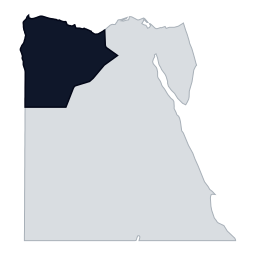 Matruh highlighted on a map of Egypt
{"feature_id": "EGY-1540", "entity_name": "Matruh", "entity_type": "Governorate", "adm_level": 1, "iso_a3": "EGY", "parent_name": "Egypt", "parent_adm1": "", "projection": "equal_earth", "projection_center": [26.768, 29.661], "detail": "fine", "context": "in_parent", "style": "filled", "palette": "ink", "viewbox_px": 256, "rotation_deg": 0, "n_neighbors": 0, "source": "natural_earth", "source_scale": "10m", "svg_char_len": 4754}
<svg xmlns="http://www.w3.org/2000/svg" viewBox="0 0 256 256"><path d="M235.6,240.6L229.8,240.6L224.0,240.6L218.1,240.6L212.3,240.6L206.5,240.6L200.6,240.6L194.8,240.6L189.0,240.6L183.2,240.6L177.3,240.6L171.5,240.6L165.7,240.6L159.9,240.6L154.0,240.6L148.2,240.6L142.4,240.6L139.0,240.6L139.6,238.5L139.9,237.0L139.5,236.0L138.4,235.7L137.6,236.0L136.0,240.5L135.0,240.6L133.0,240.6L126.2,240.6L119.4,240.6L112.6,240.6L105.8,240.6L99.1,240.6L92.3,240.6L85.5,240.6L78.7,240.6L71.9,240.6L65.1,240.6L58.3,240.6L51.6,240.6L44.8,240.6L38.0,240.6L31.2,240.6L24.4,240.6L24.4,235.3L24.5,229.9L24.5,224.6L24.5,219.3L24.5,213.9L24.6,208.6L24.6,203.3L24.6,198.0L24.6,192.7L24.7,187.4L24.7,182.1L24.7,176.8L24.7,171.5L24.8,166.2L24.8,160.9L24.8,155.6L24.8,150.4L24.9,145.1L24.9,139.9L24.9,134.6L25.0,129.4L25.0,124.1L25.0,118.9L25.0,113.6L25.1,108.4L25.1,103.2L25.1,98.0L25.2,92.8L25.2,87.6L25.2,82.4L25.2,77.2L25.3,72.0L25.1,71.1L24.2,67.6L23.4,63.1L22.4,57.6L22.3,55.8L20.8,50.2L20.7,48.6L21.1,47.5L23.7,42.7L24.5,40.4L25.2,37.7L25.4,35.4L24.7,32.0L23.8,28.9L23.5,25.8L23.4,22.7L24.7,20.6L26.3,18.6L26.9,17.4L27.9,16.0L28.5,15.4L29.8,18.2L32.5,18.6L41.2,16.2L50.9,18.6L56.2,19.6L64.4,21.7L69.4,25.5L70.8,25.9L74.3,25.9L76.7,28.1L86.1,29.2L91.1,31.6L94.0,33.6L95.7,34.2L97.2,34.1L99.2,33.4L101.8,32.0L104.5,30.1L110.3,25.1L112.3,24.3L113.7,24.5L115.3,24.4L116.0,23.1L116.8,22.2L117.3,21.1L118.2,19.9L121.2,19.5L127.2,17.4L126.5,18.4L121.1,20.8L123.4,21.1L125.8,20.3L128.6,19.8L129.0,18.7L129.4,16.8L129.9,16.6L131.8,16.9L137.5,19.9L138.9,19.9L142.8,18.3L143.7,18.0L145.0,18.9L148.0,22.5L147.0,22.5L143.8,19.3L143.5,20.9L141.8,23.6L144.0,24.8L145.9,25.3L146.9,26.8L147.5,28.2L149.3,27.6L150.6,25.7L149.9,24.7L149.4,23.6L150.0,23.6L151.2,24.5L154.9,28.0L156.1,28.7L157.5,28.6L160.4,27.6L161.2,27.8L165.1,26.5L165.6,27.4L166.2,28.4L169.4,27.3L174.3,27.3L178.3,26.2L182.9,23.4L183.3,23.0L183.6,23.7L184.2,25.6L185.7,30.4L187.1,34.2L188.7,39.5L189.3,41.6L189.5,43.0L191.9,48.8L193.3,53.6L194.4,57.5L195.9,63.2L196.6,65.2L195.6,66.3L193.8,70.0L192.0,81.8L189.3,91.1L189.1,96.9L188.7,99.0L187.4,101.9L185.7,104.8L182.6,103.3L177.6,98.3L174.6,93.4L171.4,90.3L168.4,86.2L167.6,83.3L167.6,81.4L166.2,76.7L165.2,74.5L161.6,69.6L160.5,67.0L159.7,65.9L158.9,64.2L157.5,57.8L156.0,53.8L154.4,54.9L154.7,56.6L153.4,59.0L152.6,61.7L153.3,63.9L156.2,67.3L156.9,68.8L157.6,72.0L157.6,76.4L158.1,77.9L160.3,81.2L161.1,83.1L161.6,84.8L162.4,86.3L164.6,89.1L167.8,94.5L170.8,98.2L173.0,100.0L173.9,101.7L174.2,106.3L174.1,108.5L176.1,112.6L176.8,114.7L178.7,116.4L179.6,118.3L180.4,121.5L181.7,130.8L183.4,133.1L188.5,145.4L192.8,153.2L195.0,159.1L198.2,166.2L204.5,181.8L208.2,186.7L209.7,189.4L212.4,191.5L215.2,194.5L212.5,194.2L211.9,194.4L211.0,194.9L210.5,196.8L210.4,198.3L210.9,206.2L211.7,210.3L214.3,218.0L216.1,220.3L217.0,221.8L218.2,222.9L223.9,225.6L227.3,231.1L234.8,238.2L235.6,240.1L235.6,240.6Z" fill="#d9dde1" stroke="#a8b0b8" stroke-width="1"/><path d="M25.2,97.1L25.2,88.0L25.3,78.8L25.3,74.9L25.3,72.0L25.2,70.7L24.9,69.5L23.5,65.4L23.3,64.6L23.3,63.7L23.4,62.1L23.5,61.5L23.2,60.6L22.3,58.8L22.2,57.9L22.5,56.7L22.5,56.2L22.5,55.7L21.0,51.4L20.5,50.4L20.4,49.9L20.4,49.0L20.7,48.2L21.4,46.7L21.7,45.9L21.9,45.6L22.3,44.9L22.9,44.3L23.9,42.6L24.2,41.8L24.4,41.0L24.4,40.5L25.0,39.0L25.2,37.7L25.4,36.8L25.6,36.0L25.8,35.2L25.5,34.3L24.8,32.5L24.6,31.3L24.0,29.9L23.9,29.4L23.5,27.0L23.5,25.1L23.3,23.2L23.3,22.4L23.6,21.6L26.3,19.0L27.0,17.1L27.5,16.3L28.5,15.4L28.5,15.5L28.7,17.0L28.9,17.7L29.2,18.2L29.6,18.3L30.5,18.4L31.1,18.8L31.5,18.8L32.2,18.6L32.4,18.7L32.6,18.8L32.8,18.8L33.1,18.6L33.6,18.5L34.0,18.5L36.8,17.5L40.0,16.3L40.8,16.2L42.5,16.3L49.2,18.4L54.2,19.2L54.4,19.4L54.7,19.5L55.6,19.4L55.9,19.4L57.1,20.1L57.8,20.4L58.6,20.4L59.2,20.1L59.5,20.1L59.8,20.3L60.1,20.5L60.4,20.6L60.6,20.7L61.1,21.0L62.1,21.4L63.3,21.6L63.7,21.7L64.0,21.9L64.3,21.7L64.5,21.7L65.6,21.6L65.9,21.8L66.0,21.9L66.0,22.0L66.1,22.5L66.3,22.7L66.3,22.8L66.4,23.1L66.4,23.3L66.5,23.5L66.7,24.2L66.9,24.5L67.3,24.9L67.8,25.2L68.3,25.4L69.4,25.6L69.8,25.8L70.2,25.9L70.6,25.7L71.4,26.2L72.5,26.0L74.4,24.9L74.7,24.8L74.9,25.0L75.0,25.3L75.0,25.8L75.4,26.8L75.5,27.5L76.0,28.1L76.8,28.2L79.9,28.2L80.1,28.2L80.3,28.4L80.4,28.5L80.5,28.6L80.8,28.7L81.3,28.6L81.7,28.7L82.4,28.9L82.7,29.0L83.1,28.9L83.8,28.4L84.2,28.3L84.5,28.4L84.8,28.6L85.1,28.8L85.3,29.0L85.5,29.1L86.1,29.1L86.3,29.2L86.5,29.3L86.8,29.4L89.8,30.7L90.4,31.1L90.8,31.2L91.2,31.3L91.3,31.4L91.4,32.0L91.5,32.3L91.9,32.5L94.9,34.3L97.7,34.1L98.2,34.0L100.5,32.7L103.0,31.3L103.9,30.5L104.7,30.1L105.3,45.5L106.1,47.4L117.5,55.5L104.2,65.1L93.1,78.3L89.6,81.4L75.9,85.6L74.6,86.2L73.8,87.3L73.3,88.2L65.9,107.1L25.4,107.1L25.1,107.1L25.1,98.9L25.2,97.1Z" fill="#0f172a" stroke="#020617" stroke-width="1.5"/></svg>